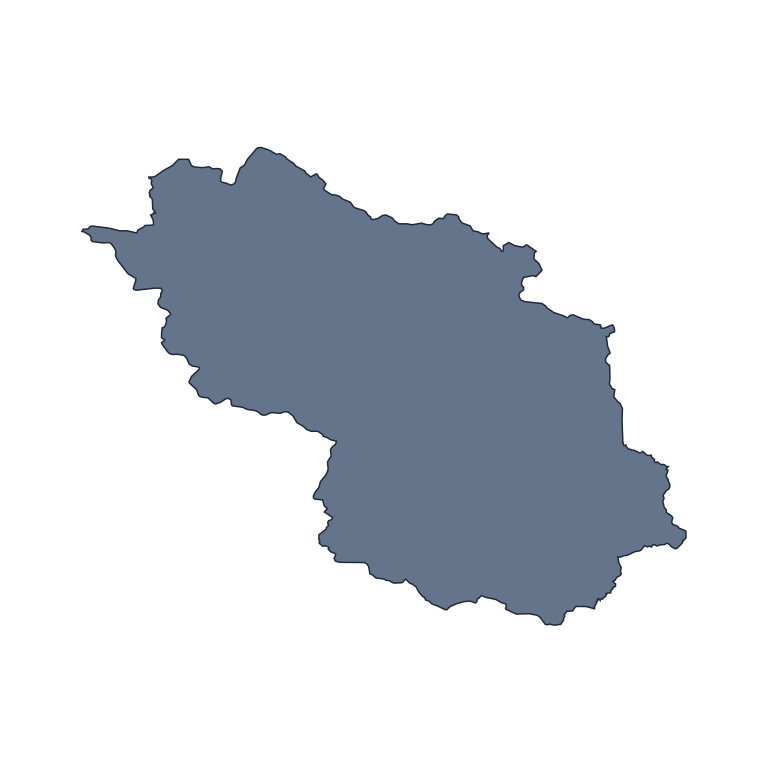 outline of Sa Thay, Kon Tum, Vietnam, rotated 96°
{"feature_id": "81297802B78907971348627", "entity_name": "Sa Thay", "entity_type": "district", "adm_level": 2, "iso_a3": "VNM", "parent_name": "Vietnam", "parent_adm1": "Kon Tum", "projection": "robinson", "projection_center": [107.651, 14.266], "detail": "fine", "context": "isolated", "style": "filled", "palette": "slate", "viewbox_px": 768, "rotation_deg": 96, "n_neighbors": 0, "source": "geoboundaries", "source_scale": "gbopen_adm2", "svg_char_len": 6124}
<svg xmlns="http://www.w3.org/2000/svg" viewBox="0 0 768 768"><g transform="rotate(96 384 384)"><path d="M575.2,375.3L577.7,372.0L578.1,363.0L579.0,361.7L579.0,358.3L580.7,354.6L580.9,352.8L579.8,345.7L579.1,344.5L576.4,342.9L576.0,341.8L579.3,337.7L580.2,334.7L582.2,331.1L587.6,327.3L591.5,323.1L592.0,321.4L594.5,320.0L595.2,316.7L597.8,313.2L599.2,307.4L602.0,299.8L602.0,297.9L598.4,295.0L594.7,288.4L592.0,281.5L590.9,275.8L592.2,270.2L590.8,269.0L587.9,268.5L586.8,266.8L584.8,265.7L584.3,264.3L585.5,260.9L586.6,250.2L589.2,244.4L590.0,239.9L592.2,239.1L594.3,239.7L595.3,239.2L599.0,228.4L597.3,215.7L597.9,207.9L599.2,204.9L606.2,198.5L606.4,196.8L605.5,193.7L606.1,189.6L604.5,183.0L600.1,180.8L597.9,180.9L596.2,180.0L594.2,180.7L593.0,179.3L591.1,178.8L590.0,172.7L585.9,170.5L585.1,169.4L584.2,159.8L585.5,151.1L583.0,151.3L579.5,149.6L578.5,150.1L577.0,148.7L576.2,149.4L575.3,148.9L575.1,148.2L576.6,146.4L575.2,146.5L575.1,144.1L573.6,143.4L572.0,141.3L571.0,141.4L570.0,140.5L569.0,141.2L567.9,136.6L565.7,136.9L563.9,135.0L562.7,135.4L561.1,132.7L558.7,132.7L556.5,135.8L554.9,133.5L552.1,132.5L549.7,129.1L548.1,128.2L545.8,129.1L541.4,129.0L537.9,131.5L531.3,133.5L531.5,130.6L529.8,128.0L529.0,124.3L524.5,116.9L523.2,112.3L522.0,110.7L517.5,108.0L518.5,104.8L517.3,102.9L518.3,101.1L515.8,99.8L515.7,97.5L516.6,95.8L515.0,92.1L514.3,88.0L513.1,86.7L512.9,85.6L513.4,83.9L515.7,81.4L517.5,77.0L516.5,75.2L511.2,70.9L509.8,70.2L508.5,70.7L508.1,69.5L505.6,67.6L499.0,68.3L498.2,69.4L496.5,75.7L495.6,76.0L494.4,78.1L493.5,82.0L491.3,83.6L486.8,82.8L485.1,84.3L482.3,89.7L479.6,90.1L477.5,92.4L471.4,94.5L468.4,93.5L466.1,94.7L463.7,94.0L462.5,92.9L461.0,92.7L459.1,90.2L457.1,89.1L453.9,89.2L451.1,91.1L449.3,91.4L447.5,93.2L444.9,93.7L440.3,92.5L439.1,94.6L436.4,92.7L436.5,94.3L434.8,97.0L435.1,100.4L432.8,104.2L433.7,105.1L433.5,106.3L432.4,107.2L430.9,107.0L428.6,110.4L426.9,110.6L427.5,114.7L424.0,119.7L425.3,120.9L425.9,122.3L423.6,128.8L424.1,130.7L423.2,131.8L423.2,134.0L420.3,137.3L419.5,137.0L420.0,139.1L417.4,140.0L417.1,140.8L415.8,140.5L396.0,143.4L383.5,144.3L378.6,147.2L377.1,149.7L372.8,154.2L365.4,153.9L364.7,156.7L360.4,159.8L354.4,159.9L341.7,161.6L341.3,162.9L338.8,165.9L335.4,166.3L331.1,164.0L329.7,162.3L322.9,165.6L313.6,167.8L313.6,166.0L312.7,165.1L310.3,164.7L307.9,160.1L304.2,160.8L301.2,162.9L305.5,170.9L305.8,173.7L302.6,174.9L302.3,181.4L300.1,183.4L298.5,186.7L298.7,192.4L295.4,203.3L296.6,206.5L298.6,208.0L298.9,209.3L297.5,212.2L295.2,222.6L291.1,230.2L289.5,231.4L287.4,235.4L287.4,252.4L286.1,256.8L283.3,258.6L281.1,259.2L279.0,258.5L275.8,255.0L273.2,255.2L271.9,257.1L269.1,257.9L263.5,256.5L260.8,247.7L260.7,246.2L261.4,244.2L254.5,238.7L248.0,242.5L244.0,248.0L237.8,248.1L236.2,246.5L230.8,256.3L231.1,257.7L233.1,259.4L233.4,261.6L232.7,268.6L230.2,274.6L234.0,279.8L238.8,279.3L239.7,279.6L239.9,280.5L237.1,282.9L236.0,286.1L228.5,296.1L225.5,297.0L223.8,295.6L222.9,295.7L224.3,300.9L223.9,303.9L222.9,305.8L222.3,311.5L217.7,314.8L215.8,323.1L212.3,326.4L209.6,327.6L208.2,329.7L208.3,338.6L209.6,340.4L213.3,342.3L213.4,346.9L216.8,350.8L219.4,352.0L220.9,354.2L221.1,357.9L220.1,363.6L222.7,372.6L222.3,378.0L223.1,386.0L221.0,390.0L217.7,393.7L215.7,400.0L216.6,403.2L219.9,407.2L221.5,411.5L221.4,413.8L219.1,415.0L217.9,417.4L214.8,419.9L213.5,422.5L211.9,431.1L211.0,432.7L206.8,436.4L204.4,444.3L202.0,447.8L201.2,451.7L201.1,456.2L197.4,463.5L195.8,464.6L191.2,462.6L187.9,465.8L185.4,470.1L182.2,472.6L182.3,473.7L185.7,478.6L181.9,484.3L180.5,484.8L176.5,494.4L174.2,496.7L170.3,504.1L168.3,506.0L165.8,511.6L166.9,514.8L163.3,523.0L161.6,530.9L162.3,534.3L163.3,535.4L175.0,543.4L181.0,545.8L184.3,549.7L195.6,552.6L198.4,552.7L200.8,554.3L202.2,557.2L200.7,562.2L200.3,566.1L199.4,567.6L196.9,568.0L189.4,567.0L187.2,569.4L187.2,572.8L188.0,577.0L186.2,580.7L187.8,587.0L188.0,595.2L186.8,598.4L181.0,601.8L182.0,611.8L188.8,617.2L194.9,625.8L200.9,632.6L202.2,635.0L202.8,639.5L203.8,639.3L204.3,637.1L205.9,636.2L209.2,636.5L213.0,633.9L215.5,636.7L218.5,637.5L220.1,636.4L221.0,636.8L222.2,636.3L223.5,634.4L225.0,633.6L234.0,632.3L237.4,629.2L238.1,629.2L237.9,631.0L239.1,631.4L240.3,633.7L244.9,630.8L248.8,629.9L250.1,630.3L251.3,638.2L253.3,639.8L256.4,644.6L259.6,645.9L258.5,655.7L259.3,662.5L257.7,674.0L257.4,691.1L258.1,692.7L260.8,694.6L261.5,699.4L263.9,700.4L264.0,698.4L266.6,692.6L268.7,690.6L271.5,690.4L272.8,689.1L273.1,679.1L272.1,671.9L273.1,669.9L277.1,666.2L280.1,664.4L284.1,664.5L287.0,663.2L290.6,660.2L301.2,650.0L304.9,641.9L306.9,641.7L314.9,643.3L316.1,642.7L316.6,640.1L312.7,622.4L312.1,616.1L313.1,614.7L314.8,614.1L317.2,615.5L320.5,615.1L324.2,617.1L327.9,617.2L331.1,614.3L333.2,607.0L336.0,603.8L337.1,603.4L341.3,607.6L344.4,606.9L347.8,607.3L350.3,608.5L351.6,610.7L352.8,610.1L353.9,610.6L360.8,610.2L361.9,609.4L362.5,607.3L363.4,606.8L366.2,609.5L367.0,609.4L374.7,602.5L376.3,600.3L376.7,597.3L376.0,591.6L376.5,585.9L379.0,582.9L384.6,579.8L386.2,576.4L386.5,570.5L387.1,569.3L388.9,569.5L396.6,576.2L402.3,578.2L403.6,577.4L409.1,569.9L414.3,567.4L415.6,566.0L416.2,562.8L416.2,557.5L420.9,551.5L421.5,549.4L419.5,545.0L414.9,539.2L414.7,537.0L416.0,534.4L420.2,533.7L421.6,532.6L421.9,522.3L423.6,517.4L423.9,509.7L424.8,506.6L427.1,503.2L427.6,501.1L427.3,498.6L424.2,493.0L424.0,484.1L422.0,480.0L421.9,476.4L425.3,471.1L431.5,466.6L434.8,459.4L437.3,456.2L438.7,451.4L438.0,446.7L438.3,444.1L440.8,439.6L442.3,439.1L443.3,434.9L445.0,431.2L445.9,425.4L448.5,425.7L452.4,429.1L455.1,430.4L461.1,429.0L467.5,432.1L473.8,430.7L476.0,430.8L480.5,432.3L487.7,437.0L493.4,437.9L498.8,441.2L502.7,442.5L504.6,442.3L505.7,440.9L505.7,432.9L511.4,430.7L513.8,427.3L517.5,430.0L522.1,421.1L524.3,421.9L525.8,424.8L526.6,425.2L528.7,425.3L530.5,424.4L533.1,426.5L534.5,426.4L540.7,433.0L545.7,432.5L546.9,431.4L548.9,432.0L551.8,428.0L551.0,424.9L552.1,422.0L552.7,421.7L553.9,422.3L556.3,419.8L557.9,414.5L558.8,414.2L562.8,415.4L565.2,413.8L565.8,411.3L565.8,407.7L563.6,384.8L564.7,382.1L567.3,380.1L574.2,378.2L575.2,375.3Z" fill="#64748b" stroke="#1e293b" stroke-width="1.5"/></g></svg>